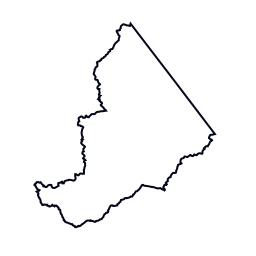 Água Azul do Norte, Pará, Brazil, rotated 276°
{"feature_id": "56859067B16314817871005", "entity_name": "Água Azul do Norte", "entity_type": "district", "adm_level": 2, "iso_a3": "BRA", "parent_name": "Brazil", "parent_adm1": "Pará", "projection": "robinson", "projection_center": [-50.563, -6.762], "detail": "fine", "context": "isolated", "style": "outline", "palette": "ink", "viewbox_px": 256, "rotation_deg": 276, "n_neighbors": 0, "source": "geoboundaries", "source_scale": "gbopen_adm2", "svg_char_len": 5584}
<svg xmlns="http://www.w3.org/2000/svg" viewBox="0 0 256 256"><g transform="rotate(276 128 128)"><path d="M114.1,84.0L113.1,83.4L111.9,84.4L111.2,83.0L109.9,83.7L109.0,83.0L108.2,83.0L107.1,83.9L105.0,87.1L104.3,87.0L102.7,85.8L100.9,85.9L100.1,86.5L99.3,85.3L98.2,85.2L97.6,85.4L96.4,87.3L95.6,87.8L94.2,87.0L93.0,86.5L92.1,88.5L91.6,89.0L91.2,88.0L89.6,87.7L89.2,88.5L88.7,89.0L86.3,89.3L85.4,89.2L84.2,88.8L82.4,88.8L81.3,88.4L80.5,88.8L77.9,88.9L77.7,87.8L77.9,86.2L77.5,84.9L76.6,84.4L75.8,83.7L75.7,82.9L76.0,82.2L76.6,81.5L76.5,80.3L74.2,80.6L72.3,81.2L71.4,81.0L70.8,80.6L70.1,79.8L69.9,79.1L70.2,78.1L70.4,75.5L70.2,74.2L69.8,73.8L69.6,72.9L68.7,70.9L68.3,70.4L67.2,70.2L66.2,69.9L66.1,68.5L66.9,68.4L67.7,68.0L67.5,67.5L66.6,66.6L66.1,64.8L65.7,64.3L64.9,64.7L64.4,64.5L63.8,64.6L63.2,65.0L60.7,61.4L60.7,59.4L61.2,58.7L62.0,58.1L63.2,57.8L63.4,57.1L63.2,55.8L62.8,55.0L62.3,54.3L60.8,53.2L60.7,52.4L60.8,51.8L61.1,51.3L61.1,50.5L61.3,49.9L62.0,50.3L63.1,48.3L64.9,46.8L64.4,45.9L64.5,45.1L64.8,44.8L64.6,43.9L64.8,43.3L64.3,42.6L63.7,42.5L62.5,41.3L61.7,40.9L61.4,41.8L60.9,41.7L60.5,42.0L60.2,42.5L59.5,42.8L58.9,43.4L58.2,43.7L57.9,44.3L57.0,44.7L57.2,45.6L56.9,46.5L56.4,46.2L55.2,43.9L53.9,45.6L52.9,45.8L52.2,45.4L50.2,46.2L49.6,47.0L48.9,47.1L47.8,48.2L45.9,48.9L45.3,48.7L43.5,50.1L43.1,50.9L42.5,50.9L42.5,51.6L42.9,51.8L42.9,52.3L43.2,52.9L43.0,53.6L43.2,55.6L42.3,55.8L42.3,57.3L41.8,57.6L41.7,58.5L42.8,60.3L43.6,60.7L42.9,61.5L42.7,62.3L43.1,62.7L42.5,63.3L43.1,63.7L43.4,64.6L43.1,65.0L42.9,65.6L42.5,65.8L41.6,67.2L41.1,67.5L40.4,67.3L39.8,67.8L39.7,68.8L39.0,69.3L37.3,69.5L36.8,69.9L35.7,70.1L35.2,70.9L34.7,71.2L32.5,72.2L32.1,72.8L31.0,73.2L30.3,73.9L29.5,73.8L29.1,74.9L28.3,75.1L28.1,75.9L27.7,76.3L27.5,78.1L27.1,78.8L26.8,80.4L26.3,81.8L26.6,82.4L26.1,83.0L25.4,83.3L24.9,85.5L23.9,85.8L23.9,86.6L24.4,87.6L24.7,88.2L25.4,88.6L25.6,89.2L25.2,89.6L25.8,91.0L27.5,92.3L27.7,92.8L29.2,94.5L30.4,95.4L30.6,95.9L31.1,96.2L31.8,97.4L31.8,98.3L32.2,100.2L31.7,100.2L31.8,100.9L31.7,101.7L31.9,102.5L31.2,104.4L31.4,105.6L32.2,105.9L32.8,108.2L33.2,108.8L34.1,109.5L34.4,110.8L35.1,111.6L35.8,111.8L37.1,112.9L37.9,112.9L39.9,113.7L40.1,114.3L41.2,114.9L41.6,115.5L41.5,116.0L41.7,116.5L42.2,116.9L42.7,116.9L43.3,117.1L43.9,116.7L45.1,117.4L47.6,118.2L49.0,118.9L49.3,119.5L49.4,120.9L48.9,121.4L49.1,122.7L49.9,125.4L50.6,125.6L51.2,125.5L52.1,126.8L52.9,127.0L53.8,128.2L55.7,128.5L56.2,130.2L56.9,131.6L57.4,131.8L57.8,132.1L58.2,133.3L58.0,133.9L59.0,136.5L59.6,137.5L60.1,137.7L60.1,138.7L60.4,139.4L61.6,140.0L62.2,139.9L62.6,140.8L65.8,142.5L65.9,143.1L66.2,143.6L66.7,144.3L67.5,144.7L68.0,145.4L70.5,146.9L71.0,146.9L72.0,147.7L72.7,147.9L73.0,148.5L72.9,149.2L72.5,149.7L72.3,150.4L72.3,152.7L72.1,156.0L71.8,157.4L72.0,158.1L71.7,160.5L71.1,162.9L71.1,164.4L71.6,166.4L70.3,169.1L70.3,170.4L69.8,170.8L70.3,171.2L70.8,171.0L72.1,169.7L72.9,169.3L73.9,169.8L74.4,169.8L74.9,170.0L75.4,170.8L75.3,172.0L75.7,172.3L76.1,172.5L77.2,171.3L77.8,171.5L79.5,173.2L80.0,172.9L81.2,172.9L82.6,173.7L83.1,174.2L83.5,175.2L83.9,175.6L84.5,175.5L85.8,175.9L87.2,176.7L88.1,177.6L88.1,179.0L88.5,180.2L89.0,180.4L90.8,180.4L91.2,180.7L92.6,181.0L93.3,181.2L94.4,181.1L95.4,181.6L96.5,181.6L97.3,182.8L97.7,184.0L98.3,184.9L98.8,184.6L99.1,184.0L99.5,183.7L101.8,183.7L102.8,184.2L103.2,184.6L103.9,186.4L104.9,186.9L105.3,187.0L105.7,187.5L105.3,189.9L105.5,190.4L107.6,192.6L107.7,193.1L107.0,194.0L106.8,194.8L106.8,195.4L107.3,196.0L108.2,196.3L108.6,196.8L108.3,197.4L108.1,198.8L108.4,199.4L109.4,199.9L110.3,201.4L110.4,202.8L110.1,203.9L110.2,204.5L110.9,204.7L112.8,204.5L115.0,206.0L115.3,206.5L115.8,206.3L116.0,205.8L117.9,207.4L118.2,209.3L119.3,209.6L120.3,210.3L123.0,211.1L123.7,212.1L124.6,212.9L125.1,212.5L125.2,211.8L125.7,210.6L126.4,209.6L127.0,209.5L127.9,209.9L129.1,210.2L129.9,211.1L130.1,212.4L131.0,215.1L178.7,170.2L232.1,119.6L229.7,119.2L230.0,117.4L229.9,116.1L230.4,114.6L230.7,112.4L228.8,110.5L227.8,110.2L226.4,110.3L226.0,109.9L225.2,109.6L224.5,109.7L223.9,108.5L223.9,107.1L223.5,106.6L222.7,106.7L221.4,107.6L220.9,108.2L219.6,108.7L218.7,110.0L218.0,110.0L215.6,109.5L214.3,109.6L210.9,106.6L209.2,105.6L206.1,104.8L204.9,104.1L204.7,103.1L203.9,101.9L203.6,102.2L202.6,102.2L202.1,101.7L201.6,100.7L201.2,100.5L200.5,100.5L199.0,99.5L198.7,98.8L198.2,98.3L197.6,98.3L196.4,97.5L196.2,96.8L195.4,96.4L194.9,95.9L194.1,94.4L192.8,94.2L192.4,93.2L191.5,92.9L190.9,91.2L190.3,90.4L189.7,90.2L188.4,91.0L187.8,90.8L186.6,91.1L185.8,90.8L185.3,89.8L184.5,89.4L183.5,89.3L182.9,88.7L181.4,88.8L178.3,88.2L177.8,88.4L176.8,89.5L175.5,90.4L174.8,90.4L174.1,90.1L173.1,90.3L172.7,90.7L172.6,92.6L172.1,93.0L170.9,93.3L169.4,94.3L169.1,95.0L168.5,95.6L168.1,95.4L167.2,94.4L166.0,93.6L165.2,93.3L164.3,93.4L163.7,93.9L163.8,95.5L162.7,95.4L161.6,95.6L160.1,96.2L158.4,95.5L157.7,95.8L157.4,96.5L157.3,97.2L156.0,96.1L155.5,95.9L155.0,96.5L153.5,95.2L153.2,95.7L153.2,96.6L152.8,97.2L152.0,96.9L151.1,98.1L150.6,99.2L150.0,99.6L149.3,99.4L148.3,98.5L147.7,98.6L145.6,101.6L145.0,101.9L144.4,102.4L143.7,103.7L142.9,104.4L142.0,100.9L141.8,99.2L141.1,97.5L140.8,95.9L140.6,95.3L139.8,94.5L138.8,93.8L138.4,93.3L138.1,91.7L138.1,90.6L137.6,90.0L136.9,89.6L135.9,88.6L134.6,87.9L134.5,87.3L134.8,86.5L135.9,85.1L135.4,84.6L134.5,84.7L133.9,84.3L133.4,82.5L134.3,81.6L134.6,80.7L134.6,80.1L133.0,78.1L131.8,77.9L129.4,78.9L128.7,77.9L126.4,77.7L125.4,78.3L125.7,79.8L124.9,80.9L125.0,81.6L124.7,82.6L124.1,83.4L123.6,83.3L122.3,82.7L118.7,82.3L115.5,83.0L114.8,83.7L114.1,84.0Z" fill="none" stroke="#020617" stroke-width="2"/></g></svg>